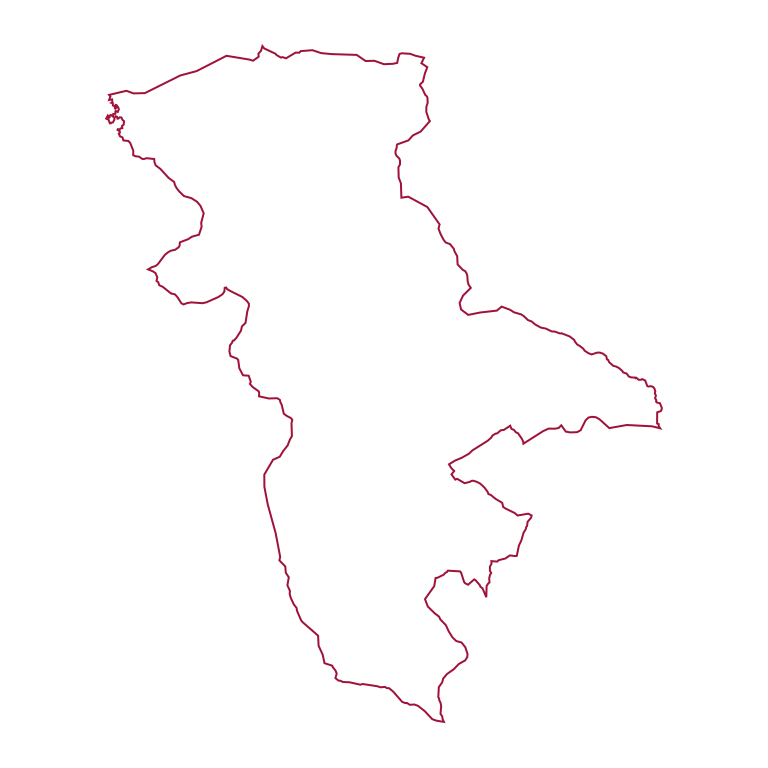 the district of Awutu Senya, Central, Ghana
{"feature_id": "2480657B19246099956301", "entity_name": "Awutu Senya", "entity_type": "district", "adm_level": 2, "iso_a3": "GHA", "parent_name": "Ghana", "parent_adm1": "Central", "projection": "orthographic", "projection_center": [-0.532, 5.62], "detail": "fine", "context": "isolated", "style": "outline", "palette": "rose", "viewbox_px": 768, "rotation_deg": 0, "n_neighbors": 0, "source": "geoboundaries", "source_scale": "gbopen_adm2", "svg_char_len": 6077}
<svg xmlns="http://www.w3.org/2000/svg" viewBox="0 0 768 768"><path d="M424.1,57.7L415.6,55.8L410.2,53.8L401.7,53.3L399.6,53.9L398.2,57.9L397.2,62.9L393.0,63.8L383.9,64.2L374.5,60.8L365.6,61.0L356.7,54.9L331.6,54.1L321.2,53.1L312.5,50.2L300.8,51.1L299.2,52.7L295.6,52.6L286.0,58.3L282.5,57.1L280.9,57.6L276.5,55.0L275.4,53.7L264.3,48.5L262.4,46.1L261.1,50.6L258.4,53.7L258.7,56.7L253.1,60.7L249.5,59.6L226.5,55.8L196.6,71.1L180.2,75.5L144.9,93.1L133.6,93.4L126.4,90.8L109.1,94.9L110.4,96.5L109.1,100.0L112.1,99.4L112.4,102.1L111.4,102.8L112.8,103.2L112.9,105.5L114.8,106.3L114.9,108.4L115.5,108.6L116.3,107.7L115.8,105.0L116.7,105.2L118.6,108.2L118.8,109.5L117.7,112.0L115.8,110.9L115.4,111.2L115.4,113.7L114.7,114.2L113.3,114.0L113.1,116.6L110.9,114.9L109.9,115.5L109.6,117.3L109.0,117.7L107.8,115.6L106.2,118.6L108.5,119.6L109.9,123.3L110.8,123.3L111.2,122.7L112.9,122.4L114.4,119.7L114.4,117.9L115.8,116.3L117.0,116.7L117.5,118.7L118.1,118.7L119.7,117.3L121.4,117.5L122.5,119.9L124.0,121.2L123.7,124.6L122.0,126.0L122.3,128.2L120.5,128.4L119.7,129.5L117.8,129.2L117.5,129.9L119.8,131.4L119.9,132.7L118.8,133.6L120.0,136.3L122.5,137.4L123.4,140.4L128.4,141.0L130.3,143.1L133.3,150.7L133.2,155.2L135.5,156.3L138.9,156.6L142.3,158.9L143.9,159.0L146.6,158.2L154.2,159.0L154.5,162.3L155.7,165.4L160.4,168.9L168.5,177.8L174.2,182.0L174.9,184.9L176.4,187.8L179.2,191.4L184.0,196.1L191.3,198.1L197.1,201.8L200.5,205.9L203.7,213.3L201.2,222.8L201.6,226.8L199.0,234.7L191.9,236.7L188.1,239.2L179.9,242.3L179.6,245.6L178.7,247.2L175.1,249.8L170.9,250.7L168.0,252.3L164.9,254.8L158.0,264.0L155.8,265.9L151.6,267.3L148.1,269.4L152.8,271.3L155.5,273.1L157.3,277.4L156.5,280.9L158.3,282.3L159.2,285.2L162.9,286.9L170.9,293.4L175.0,294.4L177.4,297.1L181.4,303.3L183.4,304.4L187.5,303.0L191.4,302.4L202.5,303.2L206.5,302.3L218.2,297.1L222.4,294.3L224.4,291.5L224.7,287.8L226.1,287.5L227.2,289.1L230.7,291.2L242.4,297.0L246.9,301.0L248.9,303.7L248.9,306.2L247.3,311.4L245.5,323.0L241.9,326.4L241.0,330.6L236.5,337.7L234.0,340.5L232.8,340.7L232.1,342.6L230.0,345.4L229.4,351.6L230.6,356.1L237.0,358.6L238.2,359.9L239.3,368.2L243.0,375.3L248.7,375.7L250.8,381.8L249.9,383.9L252.5,386.9L258.7,391.3L259.2,392.8L259.0,396.3L268.9,398.5L277.2,398.2L279.9,399.9L280.4,402.3L281.7,404.8L283.8,413.7L286.9,416.0L291.0,418.1L292.3,420.0L291.5,423.1L291.9,436.2L289.9,439.6L287.6,445.5L283.2,451.0L279.8,456.7L273.0,459.8L264.3,474.6L264.4,486.9L267.7,504.2L275.7,533.4L280.2,557.0L279.4,560.4L285.3,566.5L285.8,572.8L288.8,577.3L287.4,585.3L289.9,590.8L289.7,594.1L290.7,597.7L293.7,604.2L296.6,608.0L297.0,610.8L301.0,620.1L302.4,622.0L318.1,635.7L318.6,645.8L322.7,654.7L324.5,663.2L332.3,665.7L332.7,667.0L335.6,670.7L336.7,673.6L335.4,678.1L338.5,680.6L340.5,680.8L343.0,682.0L349.7,682.3L360.4,684.7L362.6,684.0L377.1,686.2L380.5,687.3L384.9,686.9L386.9,688.1L389.1,688.2L393.2,691.6L402.2,701.9L405.1,703.0L407.0,703.0L409.8,704.8L414.4,704.5L418.1,705.9L424.7,711.1L432.2,719.1L436.1,720.6L443.9,721.9L442.6,719.0L442.2,716.4L440.5,713.8L441.2,706.0L440.5,702.7L439.2,700.1L439.2,698.7L438.3,697.3L438.8,687.1L442.2,682.4L443.2,678.5L447.0,674.0L453.8,669.2L458.8,664.0L465.2,660.4L467.3,657.0L467.5,653.9L465.3,647.2L461.5,642.5L456.2,641.0L452.5,637.4L448.8,631.5L445.9,625.2L440.3,619.4L439.1,616.7L434.6,613.2L427.8,606.5L425.0,599.1L434.2,586.2L435.6,578.0L437.6,577.7L443.7,574.7L445.3,572.8L447.0,572.0L447.8,570.7L448.6,570.7L460.1,571.4L461.2,572.9L464.1,582.0L465.2,583.3L468.1,584.7L474.2,579.4L475.5,580.2L479.7,585.0L480.5,586.8L482.5,588.3L486.3,597.2L486.6,586.1L487.9,583.9L489.5,582.4L489.2,578.5L489.9,575.1L491.2,573.0L489.9,570.7L489.9,566.6L491.5,563.7L491.4,561.1L497.1,561.6L498.9,560.1L505.4,558.5L509.8,555.4L515.3,556.1L516.8,555.8L518.9,545.6L521.4,540.3L523.6,532.6L525.8,529.1L526.1,527.4L527.1,525.7L527.6,521.8L531.1,517.7L531.6,515.4L528.2,513.7L517.6,515.5L514.8,513.1L505.5,508.5L503.2,507.0L502.2,502.8L495.6,498.9L490.9,495.0L488.5,494.1L487.7,492.0L484.5,487.6L480.2,483.6L476.7,481.8L473.3,480.7L471.5,480.9L469.8,481.9L464.6,483.2L457.1,478.8L455.3,479.6L451.5,474.4L454.2,471.0L451.3,468.1L449.0,464.3L455.2,460.5L461.5,457.9L469.0,453.7L472.5,450.3L487.8,440.7L491.4,437.4L492.5,435.5L495.6,433.6L497.1,433.4L500.8,430.3L503.9,429.9L510.2,425.7L511.4,428.8L513.9,429.9L516.0,432.4L518.0,433.2L521.8,438.7L523.2,441.6L523.4,443.7L543.0,431.2L548.6,428.6L555.0,428.7L558.6,428.0L561.3,425.3L565.8,431.6L570.2,432.4L577.0,432.2L580.6,430.3L585.6,420.3L588.4,417.6L591.8,416.8L595.8,417.2L599.3,419.1L609.3,428.1L626.8,425.0L652.0,426.3L660.2,428.3L658.7,426.1L658.7,424.1L657.1,423.5L657.2,412.3L660.8,411.1L661.8,409.1L661.7,407.5L659.9,403.2L657.1,402.6L656.1,401.7L656.3,400.1L655.1,398.3L655.9,395.5L654.8,393.3L655.3,391.3L654.5,388.7L653.3,387.1L651.2,386.2L648.3,386.5L647.3,386.1L645.2,380.5L642.2,379.1L641.3,379.7L638.7,379.8L636.4,377.8L635.5,378.2L635.2,377.6L631.2,377.4L628.8,376.5L626.7,373.6L623.1,372.4L622.5,371.2L619.2,368.2L616.0,366.5L613.4,365.9L609.3,362.4L608.1,359.9L607.0,359.4L606.2,356.1L602.8,353.6L599.9,352.6L597.3,352.6L591.7,354.4L588.6,353.3L584.6,350.7L583.4,348.8L580.1,346.2L577.2,344.5L574.8,341.4L574.3,340.0L569.6,336.4L561.6,333.3L560.1,333.5L554.9,331.6L551.7,331.4L545.9,328.6L540.9,327.6L535.2,324.5L531.7,321.5L528.0,320.1L523.5,315.9L521.2,314.4L514.0,312.3L510.1,309.8L501.6,306.6L496.9,310.6L480.3,312.5L468.2,314.9L461.1,309.5L459.6,302.9L463.1,295.5L470.8,287.9L468.5,284.5L467.7,281.5L467.3,275.6L466.4,273.0L465.1,271.1L462.7,269.8L457.6,264.4L457.2,256.2L454.5,251.3L453.8,248.7L450.0,244.1L445.7,242.5L443.6,239.8L440.5,233.9L438.5,228.6L439.6,224.4L427.3,207.0L408.3,196.7L401.4,197.7L400.9,183.3L398.7,177.5L398.4,167.3L400.0,164.4L400.0,160.5L399.3,158.5L396.5,155.8L395.5,153.5L395.5,151.1L396.7,147.7L396.8,145.4L397.2,144.4L408.4,140.4L412.9,135.4L420.6,131.6L429.9,121.1L428.9,119.7L426.3,111.8L426.4,106.7L427.7,102.7L427.4,97.5L426.9,96.4L425.2,94.8L422.3,88.6L420.1,85.6L420.0,84.5L422.9,81.7L424.9,73.4L427.3,67.2L421.4,63.2L424.1,57.7Z" fill="none" stroke="#9f1239" stroke-width="2"/></svg>